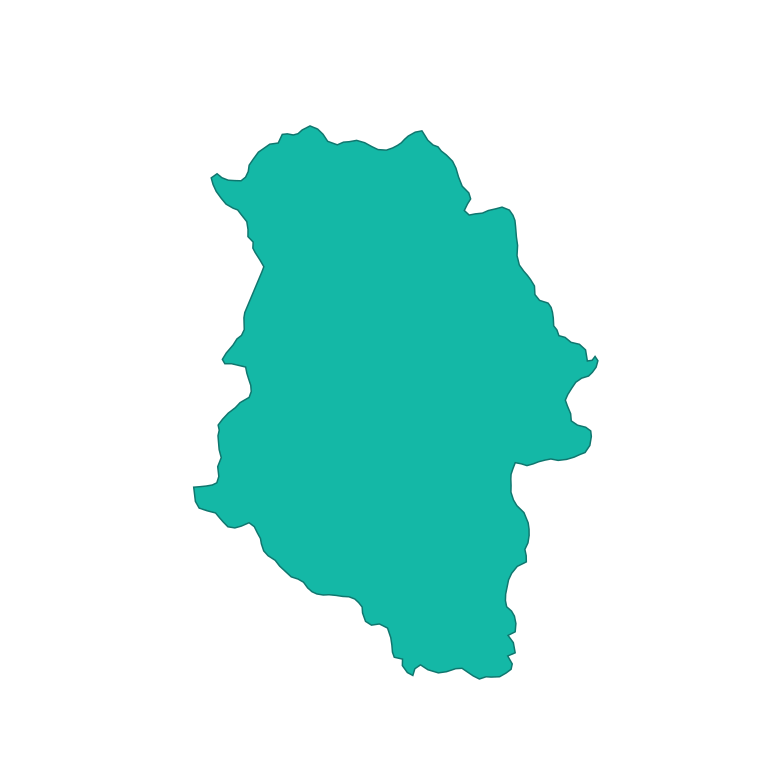 the district of Limeira, São Paulo, Brazil, rotated 300°
{"feature_id": "56859067B82749177744727", "entity_name": "Limeira", "entity_type": "district", "adm_level": 2, "iso_a3": "BRA", "parent_name": "Brazil", "parent_adm1": "São Paulo", "projection": "albers", "projection_center": [-47.363, -22.592], "detail": "fine", "context": "isolated", "style": "filled", "palette": "teal", "viewbox_px": 768, "rotation_deg": 300, "n_neighbors": 0, "source": "geoboundaries", "source_scale": "gbopen_adm2", "svg_char_len": 3255}
<svg xmlns="http://www.w3.org/2000/svg" viewBox="0 0 768 768"><g transform="rotate(300 384 384)"><path d="M517.3,506.7L519.2,501.9L525.8,497.6L530.4,494.0L533.9,490.4L536.1,485.7L534.2,476.9L536.9,470.0L544.1,465.3L547.6,458.9L549.7,454.1L551.6,448.6L554.7,441.7L561.7,435.0L570.8,430.4L577.6,425.1L586.3,419.1L591.1,415.6L594.6,411.3L597.3,405.6L596.2,397.8L591.7,393.3L586.4,387.6L581.2,383.8L576.9,377.9L572.9,373.3L574.4,366.8L581.7,366.3L587.6,366.5L591.9,361.9L594.4,352.8L600.5,345.1L606.9,338.4L611.2,332.0L613.5,323.5L614.4,317.1L616.4,312.2L615.5,307.1L617.0,300.0L619.9,294.7L622.2,290.3L617.7,285.1L610.8,281.0L606.3,279.5L601.5,278.4L597.4,276.4L592.8,273.5L587.7,269.1L584.0,261.6L583.5,254.8L583.3,246.6L581.3,238.5L576.5,232.8L573.2,228.0L567.8,224.0L566.0,213.9L569.8,206.3L571.6,199.1L570.5,190.9L563.1,186.1L557.8,184.4L554.3,180.9L552.3,175.2L549.3,171.1L539.8,171.9L534.6,165.2L527.1,161.7L522.0,159.3L513.8,158.4L506.1,157.8L500.1,160.2L493.9,160.7L488.5,158.6L485.6,153.2L482.6,147.2L481.6,140.5L482.6,134.3L476.1,131.3L471.3,136.2L466.9,142.4L463.5,150.0L460.8,157.3L460.8,165.4L461.6,170.2L459.5,175.2L456.0,184.0L449.8,189.0L443.6,192.5L441.5,199.7L436.1,202.5L433.5,206.6L429.3,214.7L425.5,221.3L420.0,222.2L376.3,227.7L371.3,229.6L361.2,235.8L354.8,236.3L349.5,234.1L342.3,233.8L332.0,231.9L324.5,231.7L322.0,236.0L325.3,241.7L329.5,255.7L324.8,259.8L321.0,263.9L316.2,269.3L311.1,272.8L305.0,273.9L296.0,268.7L289.2,267.1L281.0,263.7L272.8,261.8L265.5,260.9L261.6,264.4L256.2,266.1L252.0,269.0L244.8,274.0L238.8,279.9L229.3,281.3L221.3,287.2L214.8,288.6L210.7,285.8L206.7,281.0L203.0,275.9L199.5,270.8L192.0,276.4L188.0,279.4L184.1,286.0L185.8,294.3L188.1,302.6L185.8,308.8L184.1,313.8L182.3,320.2L184.8,326.8L189.5,331.4L196.4,336.5L195.6,343.0L191.8,348.7L188.4,354.3L184.3,357.7L179.3,363.3L177.3,369.5L176.9,377.9L174.1,384.7L172.2,393.0L170.6,400.1L172.1,407.1L172.1,413.4L169.2,419.9L168.1,425.5L168.6,430.8L170.9,436.9L174.0,441.7L177.0,448.3L179.4,454.5L182.2,460.0L183.2,466.2L182.0,471.4L179.9,476.6L175.0,479.9L169.2,486.7L168.9,493.7L173.9,500.0L174.4,509.1L167.7,516.7L161.8,521.4L156.0,525.4L152.5,529.5L155.0,537.6L149.3,540.7L145.8,548.5L146.0,554.7L152.8,553.1L159.0,556.0L158.5,564.9L161.0,575.5L166.1,582.0L173.3,588.4L176.8,593.7L175.8,607.2L176.2,614.1L181.5,618.8L183.8,623.4L188.3,630.5L194.7,634.2L200.5,636.7L205.7,635.0L210.3,627.1L216.8,632.0L224.7,625.3L228.3,617.1L235.0,621.5L242.5,618.0L248.2,613.0L251.1,608.0L252.4,601.6L257.2,597.4L262.9,594.4L270.4,591.9L276.7,589.8L283.9,589.2L292.7,590.6L301.1,596.2L306.4,593.0L311.2,588.7L318.4,588.1L325.4,585.4L330.8,582.2L335.8,578.3L342.6,569.5L345.1,559.8L348.3,554.1L353.8,548.0L359.6,544.8L365.2,541.3L369.3,539.2L375.1,538.0L381.5,537.0L383.5,542.7L384.8,548.6L389.5,553.2L394.0,556.8L398.7,561.6L402.5,566.0L404.9,573.0L410.0,579.8L415.7,585.2L421.0,589.0L425.2,592.4L433.7,593.0L442.2,589.8L446.7,586.5L447.4,580.3L445.1,572.1L445.7,564.6L451.6,560.5L456.7,553.8L460.7,549.1L466.9,548.4L474.6,548.7L481.4,549.2L487.8,552.2L493.2,557.2L498.3,558.6L504.6,559.3L511.1,557.6L513.4,553.0L508.6,552.4L505.6,548.6L514.3,541.5L516.1,533.4L513.6,525.1L514.9,517.5L513.3,511.3L517.3,506.7Z" fill="#14b8a6" stroke="#0f766e" stroke-width="1.5"/></g></svg>